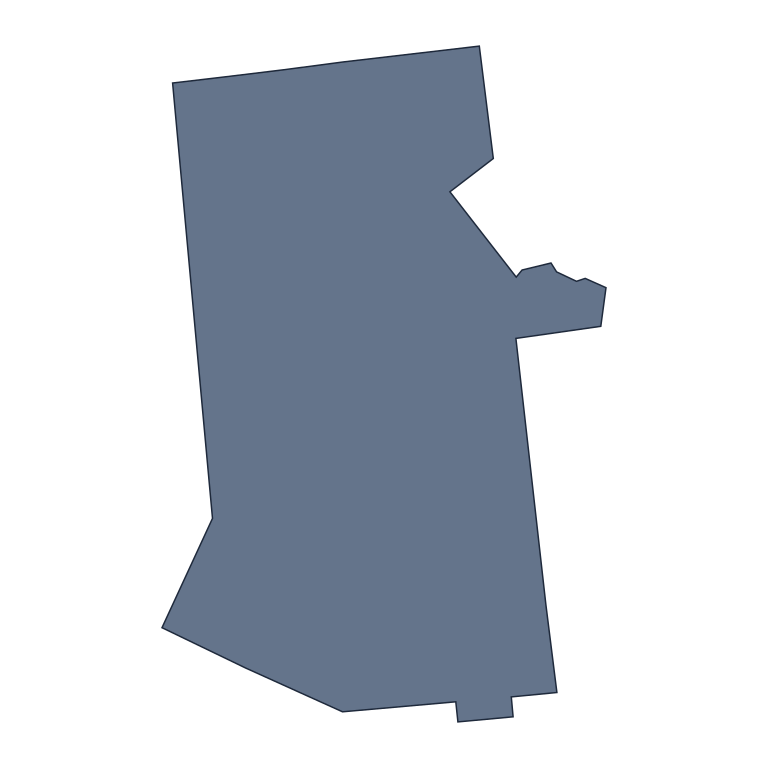 Hamilton, New York, United States of America (orthographic projection)
{"feature_id": "52423323B65561543584618", "entity_name": "Hamilton", "entity_type": "district", "adm_level": 2, "iso_a3": "USA", "parent_name": "United States of America", "parent_adm1": "New York", "projection": "orthographic", "projection_center": [-74.36, 43.668], "detail": "fine", "context": "isolated", "style": "filled", "palette": "slate", "viewbox_px": 768, "rotation_deg": 0, "n_neighbors": 0, "source": "geoboundaries", "source_scale": "gbopen_adm2", "svg_char_len": 450}
<svg xmlns="http://www.w3.org/2000/svg" viewBox="0 0 768 768"><path d="M343.6,61.9L282.6,69.9L218.8,77.6L172.6,83.0L212.5,518.4L162.0,627.7L246.0,668.2L342.5,711.8L455.8,701.8L457.9,721.9L513.1,716.8L511.3,696.9L556.9,692.5L545.9,604.8L515.9,338.4L600.8,326.3L606.0,287.7L585.2,278.4L576.5,281.3L556.6,271.9L551.0,263.0L522.1,270.0L516.2,277.1L449.9,191.8L493.3,158.5L479.3,46.1L343.6,61.9Z" fill="#64748b" stroke="#1e293b" stroke-width="1.5"/></svg>